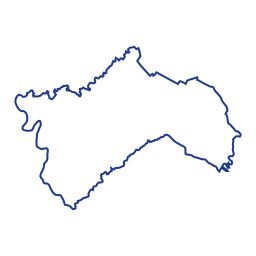 Bom Jesus de Goiás, Goiás, Brazil
{"feature_id": "56859067B21654402984867", "entity_name": "Bom Jesus de Goiás", "entity_type": "district", "adm_level": 2, "iso_a3": "BRA", "parent_name": "Brazil", "parent_adm1": "Goiás", "projection": "natural_earth1", "projection_center": [-49.889, -18.197], "detail": "fine", "context": "isolated", "style": "outline", "palette": "blue", "viewbox_px": 256, "rotation_deg": 0, "n_neighbors": 0, "source": "geoboundaries", "source_scale": "gbopen_adm2", "svg_char_len": 5703}
<svg xmlns="http://www.w3.org/2000/svg" viewBox="0 0 256 256"><path d="M238.4,131.5L237.2,131.4L236.0,131.2L234.7,129.8L233.7,128.4L231.7,126.4L230.7,125.1L229.6,124.2L228.7,123.8L228.0,122.3L227.7,120.4L227.5,118.4L227.0,116.4L226.5,114.9L225.5,114.0L226.2,112.4L227.4,110.9L227.3,109.4L226.5,106.5L223.4,102.7L222.2,101.1L221.6,99.8L220.9,97.7L219.5,95.8L218.5,94.7L217.2,93.1L215.1,90.9L213.3,87.4L212.2,86.8L211.1,86.7L210.1,86.5L209.0,86.0L207.6,85.2L205.5,84.3L202.4,82.6L200.5,81.5L198.7,80.5L197.3,80.0L197.2,77.3L194.0,78.4L190.1,79.5L187.2,80.6L185.8,83.8L181.7,81.6L179.8,81.2L178.7,82.8L178.0,84.0L166.7,78.0L164.5,76.7L162.9,75.9L159.7,74.1L157.3,72.7L156.3,72.4L155.5,73.9L154.5,75.0L153.3,75.7L152.7,74.0L151.2,74.6L150.1,75.8L148.4,74.1L146.9,72.4L146.1,71.5L145.3,70.7L144.0,69.2L143.0,68.1L140.4,65.2L138.2,62.3L137.3,61.0L138.1,59.7L139.9,57.0L140.4,56.0L139.7,52.5L138.9,49.4L138.5,48.2L137.5,48.6L136.3,49.1L134.1,46.8L132.7,47.4L130.3,47.6L129.3,48.2L128.1,49.3L128.4,50.6L129.2,52.4L128.0,52.7L127.1,52.1L126.0,51.4L125.8,52.9L125.2,53.9L123.9,54.8L124.8,56.4L124.2,57.9L123.1,59.4L121.8,58.5L120.5,58.4L119.8,59.5L118.8,60.4L117.9,59.3L117.0,58.6L116.0,57.9L115.5,59.3L115.4,61.3L114.2,61.8L113.2,61.1L112.6,62.4L112.2,64.0L111.5,65.3L110.4,66.2L109.4,66.6L108.7,67.9L107.3,69.0L106.3,70.5L106.4,72.8L105.1,73.5L104.0,72.6L103.1,73.6L103.5,75.6L102.5,76.8L101.3,76.1L99.9,76.7L98.8,78.3L97.4,78.3L96.5,77.7L95.4,77.7L94.8,79.1L94.8,80.6L95.3,81.7L94.6,83.0L92.9,83.4L91.1,82.6L89.6,83.3L88.5,84.8L88.0,86.5L88.3,87.9L89.4,88.4L90.2,89.1L89.6,90.3L84.1,88.3L83.3,87.5L82.3,88.5L81.1,88.7L79.9,89.0L80.2,90.5L79.8,92.3L80.9,93.4L80.7,95.0L80.2,96.3L79.2,96.2L78.4,94.7L77.0,94.5L76.4,93.3L75.4,93.0L74.5,92.2L73.0,92.1L71.8,91.7L70.4,91.0L68.9,89.7L68.0,90.5L66.7,90.3L66.8,88.5L68.2,87.7L68.2,86.2L67.3,85.5L64.6,86.0L63.5,85.8L62.7,86.9L61.5,87.1L60.5,88.1L59.7,89.2L58.6,88.7L57.5,89.1L57.4,90.8L56.4,91.3L55.4,90.8L54.9,89.7L54.2,90.7L54.1,92.1L55.2,93.6L55.9,94.6L53.7,97.6L52.7,98.6L51.8,99.2L49.4,98.1L49.2,96.5L48.5,95.1L48.0,93.6L48.4,91.9L47.1,91.2L46.4,92.8L45.3,93.6L43.4,93.1L41.8,94.4L40.3,95.7L38.5,96.3L37.1,96.5L36.0,96.5L35.0,96.1L33.5,96.5L33.0,94.6L34.0,93.4L32.9,92.2L32.4,90.5L31.0,90.3L29.7,91.9L28.1,92.8L27.0,93.1L27.1,94.7L26.0,96.1L24.6,96.7L23.2,96.9L22.2,96.1L21.1,95.4L19.8,94.8L18.4,95.0L17.0,96.3L16.2,97.8L15.8,98.8L15.5,100.3L15.4,102.0L15.8,103.7L16.4,105.1L17.9,108.0L18.9,109.2L20.1,110.4L21.5,111.1L23.2,111.0L24.7,111.7L25.9,113.0L26.8,114.8L27.1,116.5L27.3,118.6L27.1,120.5L26.5,121.9L25.7,123.4L23.9,125.2L22.8,126.6L22.5,128.4L23.3,129.8L24.6,130.3L25.8,130.5L27.2,130.8L28.6,130.8L29.7,130.7L31.1,130.5L32.1,129.9L33.1,128.3L34.1,125.7L35.1,124.4L37.1,122.2L38.6,120.9L40.0,121.0L40.5,122.3L40.7,123.7L40.8,124.9L40.4,126.1L39.6,127.5L38.5,130.6L37.6,132.5L37.1,133.8L37.0,135.2L36.9,136.9L36.7,138.7L36.5,140.3L36.5,142.0L36.5,144.0L36.8,146.4L38.4,147.6L40.9,148.9L42.3,149.0L43.7,148.6L44.9,148.3L46.8,148.4L47.8,149.8L47.8,151.9L47.4,153.4L47.4,155.1L47.4,156.4L47.4,157.8L47.3,159.4L46.8,160.7L45.8,161.9L44.8,162.8L44.2,163.9L44.0,165.2L43.9,166.6L43.6,168.0L41.1,173.1L40.5,175.0L40.4,176.5L41.3,178.2L42.4,179.3L43.2,180.7L43.6,182.6L44.5,183.4L46.2,183.4L47.4,183.6L48.6,184.5L49.4,185.6L50.0,187.1L50.7,188.7L51.4,189.9L52.2,191.3L53.4,193.1L54.7,194.3L56.3,195.0L58.0,195.1L59.2,195.0L60.4,195.3L61.4,196.3L61.9,197.5L62.6,198.5L63.7,200.8L64.3,202.9L64.9,204.6L66.6,205.1L68.5,205.5L70.4,206.4L71.7,208.1L73.1,209.2L74.5,208.8L75.5,208.3L75.5,206.4L74.9,204.1L76.1,203.2L77.1,203.1L78.0,202.4L77.9,201.0L80.0,200.4L81.0,199.9L82.5,198.9L83.4,198.0L84.4,197.8L85.5,197.7L86.6,197.1L88.2,196.7L88.8,195.7L88.4,193.8L89.0,192.5L90.2,190.1L91.3,189.5L93.1,190.0L93.0,188.0L93.8,186.5L95.8,186.1L96.7,185.2L97.3,183.8L98.3,182.8L99.7,182.6L100.7,182.3L101.7,182.3L102.7,181.2L102.2,179.6L101.1,178.3L101.5,176.8L101.0,175.4L101.7,174.1L103.3,173.7L104.4,172.8L105.5,171.9L106.7,172.8L107.0,174.3L108.3,174.0L109.4,172.4L110.5,171.4L111.6,171.1L111.3,168.1L112.9,169.4L114.3,169.3L115.1,168.1L116.1,168.0L117.5,167.9L118.7,167.9L120.2,167.4L122.2,166.4L123.7,165.8L124.3,164.3L123.7,162.6L124.6,161.0L126.1,160.5L127.2,159.9L127.4,158.6L127.8,157.0L129.4,156.2L130.2,154.9L131.8,154.2L133.0,153.8L134.2,152.8L135.2,151.4L136.2,149.8L137.9,150.1L139.2,149.8L140.0,148.8L140.7,147.5L141.8,147.3L142.5,146.5L143.5,145.9L145.0,144.9L146.2,143.3L147.5,142.9L147.7,141.7L148.0,140.5L149.4,140.7L150.0,142.0L151.4,141.8L152.6,141.1L154.0,140.9L154.8,139.9L156.3,139.8L157.5,139.8L158.4,138.5L159.6,138.5L160.4,137.5L161.5,137.1L163.1,136.9L164.1,136.0L165.0,134.9L166.6,134.8L168.5,135.4L169.8,136.5L174.3,141.1L175.7,142.1L178.4,143.7L179.5,144.2L181.4,145.3L184.2,146.8L185.3,148.2L185.5,150.7L185.4,152.9L185.8,154.2L187.0,154.5L188.1,154.5L189.5,154.8L190.5,155.1L191.8,155.4L193.9,157.0L195.1,157.3L196.1,157.4L197.3,157.7L198.7,158.2L200.3,158.7L201.9,159.2L203.7,159.3L205.4,159.6L206.5,160.7L207.7,162.2L209.0,163.1L210.1,163.6L212.6,164.9L214.0,166.0L215.7,166.4L216.9,168.0L217.5,169.5L218.4,170.6L219.2,171.5L221.6,167.5L223.9,169.4L226.3,171.1L227.7,171.0L226.9,169.9L225.9,169.2L224.8,168.6L223.9,168.0L222.4,166.3L223.2,164.4L224.3,163.7L225.8,163.8L226.3,165.0L226.9,166.4L228.3,167.9L229.3,167.6L228.6,166.1L227.9,164.2L228.4,162.8L229.2,163.8L230.1,164.4L231.5,164.4L232.1,163.1L231.8,161.2L230.2,160.2L229.1,158.8L228.4,157.5L229.0,156.6L230.0,156.2L232.8,156.0L233.8,154.5L233.4,152.4L233.1,151.2L232.7,149.5L233.2,147.3L232.9,144.5L232.9,143.3L233.4,141.4L233.1,139.2L235.9,136.5L237.1,136.2L238.2,136.3L239.8,136.6L240.6,135.3L240.4,133.7L239.1,132.7L238.4,131.5Z" fill="none" stroke="#1e3a8a" stroke-width="2"/></svg>